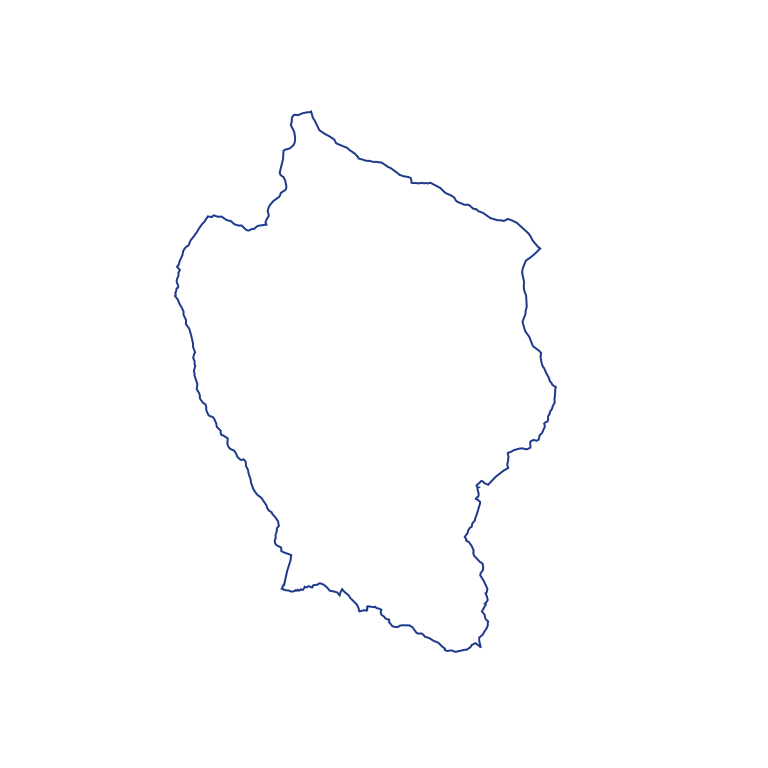 the district of Comarnic, Prahova, Romania, rotated 52°
{"feature_id": "2599482B19428684373237", "entity_name": "Comarnic", "entity_type": "district", "adm_level": 2, "iso_a3": "ROU", "parent_name": "Romania", "parent_adm1": "Prahova", "projection": "robinson", "projection_center": [25.622, 45.269], "detail": "fine", "context": "isolated", "style": "outline", "palette": "blue", "viewbox_px": 768, "rotation_deg": 52, "n_neighbors": 0, "source": "geoboundaries", "source_scale": "gbopen_adm2", "svg_char_len": 6165}
<svg xmlns="http://www.w3.org/2000/svg" viewBox="0 0 768 768"><g transform="rotate(52 384 384)"><path d="M651.4,470.0L644.6,466.9L642.4,465.0L642.4,461.1L641.5,458.5L640.8,457.3L640.0,454.1L638.1,450.8L636.3,449.5L635.3,448.1L632.2,448.7L630.4,448.2L627.9,446.8L623.5,446.9L620.4,439.5L619.1,439.8L618.9,437.2L618.1,435.3L614.6,433.6L611.5,432.9L611.6,432.0L611.0,430.8L609.1,428.6L600.9,426.7L594.2,426.0L592.6,424.5L591.5,420.4L589.0,418.3L586.5,417.0L585.5,417.1L582.9,418.0L575.1,418.7L572.5,418.0L570.4,415.9L565.9,414.7L560.7,414.4L558.4,415.6L557.7,415.5L557.0,414.7L554.2,414.5L552.8,409.7L551.2,407.8L550.2,405.1L550.5,402.9L548.1,400.0L547.5,396.3L546.3,395.2L544.0,391.4L537.0,381.5L536.0,380.9L534.8,381.3L533.6,381.2L531.1,382.3L530.6,381.1L530.8,379.1L529.7,377.7L528.1,376.6L524.5,375.2L523.6,374.1L523.7,373.1L522.4,374.0L520.8,373.4L520.7,369.8L520.3,367.3L520.5,366.7L521.5,366.2L524.4,365.7L527.5,364.0L525.9,353.6L525.9,343.3L526.6,337.8L524.3,337.0L522.9,336.1L520.8,333.3L519.3,332.3L518.8,331.2L515.5,329.5L514.6,328.9L514.5,328.5L515.5,326.5L516.1,322.4L518.3,317.0L519.9,314.6L523.3,311.9L524.3,308.0L523.3,306.9L520.5,305.2L519.7,304.4L519.5,303.8L520.1,300.6L522.7,298.7L523.1,296.4L520.2,292.8L520.2,291.2L519.8,289.4L517.0,284.2L515.9,282.9L513.8,282.2L513.6,280.5L514.1,278.9L514.0,277.7L513.0,276.5L511.2,275.3L510.1,273.8L509.8,272.3L508.1,270.5L507.1,267.0L505.1,264.3L503.9,261.1L500.5,258.7L498.6,256.5L497.3,255.7L495.4,253.7L493.6,252.4L492.3,250.5L488.1,251.9L486.5,251.3L483.9,251.6L480.8,250.3L475.0,249.4L470.0,248.1L468.1,248.1L464.9,247.1L459.0,244.0L456.4,241.1L453.4,241.3L446.5,243.2L445.3,243.2L436.3,240.5L429.2,240.2L420.6,236.7L419.8,235.9L415.9,229.3L413.7,227.5L411.7,224.8L410.1,223.3L401.8,217.6L396.5,215.9L393.4,214.0L389.7,210.7L382.0,207.0L379.3,204.7L377.9,202.8L374.1,196.2L374.4,191.4L374.3,185.1L373.4,177.4L371.0,178.2L363.7,178.5L361.3,178.4L360.1,178.0L356.4,177.5L353.9,177.5L338.8,180.1L333.6,182.6L330.1,184.9L329.7,188.0L329.0,189.5L326.9,191.1L325.2,193.4L318.8,198.0L310.0,200.7L305.8,203.3L302.9,203.7L302.0,204.9L300.9,205.7L295.3,206.8L294.4,207.4L292.8,209.7L291.9,210.5L285.3,214.1L283.5,214.4L280.7,213.9L279.4,214.1L276.7,215.1L271.2,218.0L264.1,219.0L254.3,223.4L253.8,223.7L253.2,225.7L251.4,227.3L250.4,229.1L248.9,230.2L247.4,232.9L242.5,238.4L238.8,236.3L237.7,236.3L235.6,237.6L232.7,240.4L228.7,243.0L226.0,243.5L217.7,245.9L215.6,247.1L209.1,249.2L207.8,249.9L204.3,253.2L202.1,256.0L199.3,258.0L197.3,260.4L190.6,265.2L188.7,264.8L184.8,265.1L178.1,267.2L175.4,267.6L164.9,273.5L160.8,272.7L155.5,274.4L150.6,276.6L144.2,278.7L133.7,276.4L130.3,276.1L124.5,273.7L124.5,274.4L122.5,277.5L121.0,280.4L120.2,282.5L119.3,286.1L116.6,289.0L116.9,291.1L117.7,292.9L120.7,295.4L122.5,298.0L130.0,299.5L135.5,302.6L138.6,305.5L140.0,308.0L140.3,312.5L140.3,313.4L138.6,317.4L138.3,319.6L144.5,325.0L153.1,335.9L155.1,336.8L156.8,336.6L159.0,335.8L162.8,336.6L167.4,338.8L168.7,339.7L169.6,340.7L170.2,341.7L170.3,343.0L169.9,347.7L170.9,349.0L172.0,351.4L171.7,358.5L172.5,362.7L173.5,365.6L176.0,369.2L179.3,370.5L180.7,371.6L181.9,374.9L183.7,377.9L186.0,378.5L181.7,386.1L181.6,389.0L181.9,390.7L180.5,392.7L180.0,395.6L179.5,396.5L178.1,397.5L176.9,397.9L171.4,398.6L169.9,400.8L166.4,403.3L164.5,403.9L161.8,404.2L161.0,404.6L159.0,406.4L157.0,407.4L152.3,408.9L151.5,409.6L150.7,411.1L149.0,412.6L146.3,414.3L146.1,415.2L146.6,416.7L143.4,419.8L144.1,421.3L145.7,426.3L145.9,428.3L147.3,433.4L149.5,439.0L149.7,440.7L150.4,442.1L151.8,448.2L154.5,452.7L154.1,455.7L155.0,459.0L156.0,460.9L158.4,463.6L161.6,469.8L163.6,472.1L164.1,474.9L168.1,474.6L168.7,474.9L169.9,477.7L172.0,479.1L173.8,482.3L174.9,483.7L176.2,484.6L179.9,485.7L180.9,486.4L181.2,487.1L181.0,488.2L181.4,489.0L183.3,491.3L183.6,492.2L185.8,493.5L186.0,494.5L190.3,494.5L195.7,496.0L199.1,496.3L203.4,497.3L206.1,499.4L211.7,500.6L215.0,503.3L220.4,503.4L226.9,506.0L234.6,509.6L237.3,511.7L242.7,513.3L243.4,515.1L246.0,518.3L249.3,519.2L252.0,521.2L253.5,521.6L256.7,525.8L258.7,526.6L260.6,528.1L269.0,531.0L272.7,534.7L278.1,535.5L279.7,536.2L281.6,537.7L283.1,538.1L287.6,538.2L290.1,537.2L293.3,538.6L294.2,539.5L295.9,540.4L300.2,541.4L302.0,541.1L304.4,539.3L306.7,539.2L312.2,540.6L313.6,541.6L315.0,542.1L320.2,541.5L322.7,543.2L323.7,543.5L324.7,543.2L325.6,542.3L330.7,540.6L334.3,544.0L336.3,544.9L338.5,545.3L340.7,545.0L344.1,543.2L347.2,543.3L351.3,544.4L355.2,543.8L356.2,542.9L356.9,541.0L359.4,540.8L360.8,541.2L363.7,543.3L367.8,544.0L371.4,545.9L376.9,547.8L380.3,549.7L387.0,551.8L392.9,552.1L398.4,550.7L407.4,551.4L409.4,552.3L412.0,552.6L413.5,552.5L415.9,551.5L417.2,552.0L422.7,551.7L426.9,552.0L431.2,554.3L431.5,556.3L432.0,557.5L433.6,558.6L433.8,559.3L435.0,560.5L436.6,562.9L438.5,563.9L440.0,566.4L442.5,567.9L444.7,568.0L449.6,565.7L452.4,567.8L454.7,566.8L461.6,562.4L465.4,566.2L471.7,575.4L480.8,586.4L480.3,586.7L482.4,590.6L483.7,589.7L483.9,589.9L486.2,588.3L487.9,586.4L490.0,585.2L491.3,583.9L492.1,581.7L492.0,580.7L492.8,580.5L492.8,579.4L494.0,578.8L494.2,578.5L493.7,578.3L494.7,577.6L494.6,575.9L496.3,574.9L495.6,572.2L495.0,571.3L496.7,570.1L496.6,569.2L496.9,567.8L500.1,566.0L500.1,565.5L499.2,564.3L499.1,563.5L501.2,559.9L501.2,558.1L501.8,557.0L504.9,555.1L509.6,554.1L513.3,554.1L517.4,550.6L519.7,549.1L523.2,549.1L521.1,546.1L519.9,543.3L523.3,543.2L528.5,542.0L531.9,542.3L541.0,541.2L545.2,542.1L547.1,543.2L548.1,543.3L550.1,538.8L551.7,537.5L551.9,537.0L551.9,536.5L550.4,535.6L550.3,534.9L549.2,534.6L549.0,534.0L549.2,533.5L553.4,529.6L553.9,529.0L554.0,528.2L556.0,527.8L558.2,526.0L560.3,525.1L561.0,526.3L562.1,527.3L564.3,528.1L567.1,527.2L569.8,527.2L573.0,525.0L574.6,526.6L580.1,526.5L582.4,524.7L584.1,522.6L584.1,520.6L585.2,518.3L590.1,512.3L591.2,512.2L593.0,511.3L600.2,511.6L601.8,510.6L603.7,508.0L605.9,507.3L608.2,507.4L612.2,504.7L617.3,502.9L619.9,501.2L621.8,500.4L627.0,499.8L629.8,498.9L630.3,499.0L630.9,499.8L632.6,499.1L633.6,498.2L634.9,495.6L636.4,494.1L638.4,493.2L639.3,492.2L643.1,484.1L644.3,482.4L644.6,478.2L643.7,475.4L644.5,471.5L649.3,470.1L651.4,470.0Z" fill="none" stroke="#1e3a8a" stroke-width="2"/></g></svg>